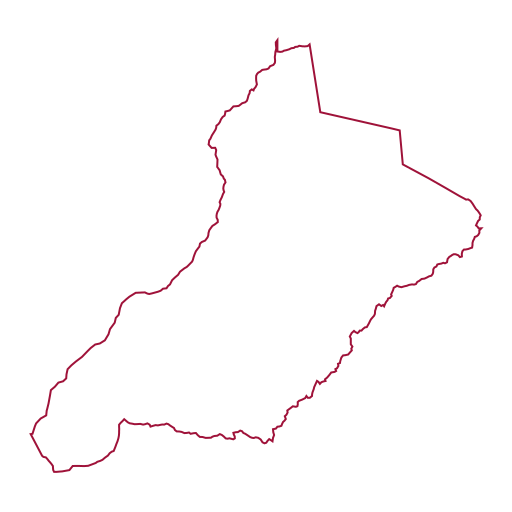 Arame, Maranhão, Brazil
{"feature_id": "56859067B58092431087788", "entity_name": "Arame", "entity_type": "district", "adm_level": 2, "iso_a3": "BRA", "parent_name": "Brazil", "parent_adm1": "Maranhão", "projection": "mercator", "projection_center": [-45.954, -4.991], "detail": "fine", "context": "isolated", "style": "outline", "palette": "rose", "viewbox_px": 512, "rotation_deg": 0, "n_neighbors": 0, "source": "geoboundaries", "source_scale": "gbopen_adm2", "svg_char_len": 5770}
<svg xmlns="http://www.w3.org/2000/svg" viewBox="0 0 512 512"><path d="M42.1,455.8L43.4,456.9L45.9,457.4L47.5,459.2L48.7,460.8L49.9,462.1L51.4,463.9L52.9,466.0L53.0,467.9L53.2,470.0L54.1,471.9L56.3,471.9L59.4,471.6L62.2,471.4L69.4,470.1L72.7,466.0L77.2,465.9L81.3,466.0L84.0,466.1L88.2,465.8L95.7,463.0L97.3,461.8L100.2,460.9L102.5,459.8L104.8,457.8L106.3,456.7L107.9,455.6L109.7,453.2L111.7,451.7L113.7,451.0L115.4,446.8L116.4,444.0L117.5,441.3L118.4,438.3L118.9,435.7L119.1,433.1L119.1,431.3L119.2,429.0L119.1,426.9L119.1,424.7L120.8,422.7L122.5,421.1L124.2,419.2L127.8,422.3L129.7,423.3L132.3,423.7L134.6,424.2L137.2,424.1L140.3,423.9L143.1,424.6L145.1,424.2L147.4,423.4L149.7,424.7L150.5,426.6L153.1,425.8L155.6,425.1L157.9,425.4L160.6,424.8L162.3,424.5L164.2,424.6L166.5,423.6L168.4,424.2L169.9,425.4L172.2,426.9L174.0,428.0L174.9,430.0L176.7,431.4L179.3,431.5L181.6,431.9L184.4,433.1L187.0,432.9L189.0,432.5L190.6,433.8L193.6,433.2L195.9,433.0L197.8,435.2L199.8,436.9L202.6,437.0L205.6,437.9L208.6,437.8L211.0,437.7L212.4,436.7L214.3,436.0L217.3,435.7L219.8,434.1L221.9,435.0L223.9,436.6L225.7,438.4L227.5,438.7L229.5,438.3L231.3,438.8L233.3,439.3L234.8,438.4L234.7,436.3L233.8,434.6L233.4,432.8L235.9,432.2L237.9,432.1L240.2,430.6L242.0,431.2L243.4,433.0L245.1,433.7L246.8,434.8L248.6,436.0L250.2,437.1L252.1,437.8L253.8,438.0L255.7,437.3L258.2,437.8L260.7,439.5L262.5,442.3L264.5,443.3L266.3,442.7L267.5,440.9L269.2,439.1L271.1,440.3L272.5,441.3L273.0,437.9L274.1,435.0L273.3,432.3L273.0,429.2L275.9,428.6L277.4,426.7L279.3,426.5L281.4,425.8L282.1,423.9L283.1,421.9L284.4,420.8L285.8,419.0L284.8,416.2L286.4,414.8L287.6,412.5L287.3,410.5L289.3,409.0L290.8,407.9L292.8,406.3L295.9,406.8L297.4,406.2L297.8,404.3L297.7,402.1L299.1,400.8L302.2,399.6L305.2,398.1L306.4,396.0L307.8,397.8L309.8,397.8L312.0,396.0L312.1,394.2L312.5,392.4L313.7,389.2L314.2,387.1L315.6,384.0L317.0,380.9L318.5,381.9L319.9,383.9L321.4,382.2L323.6,381.4L325.5,381.0L325.0,379.3L327.1,377.6L328.4,376.1L329.5,374.8L331.2,372.5L334.6,371.9L336.1,371.0L335.4,369.1L337.0,368.3L338.4,365.9L338.0,363.8L340.0,363.0L340.2,361.3L340.8,359.3L341.4,357.5L343.1,355.4L345.2,355.2L348.2,354.5L349.9,352.5L351.8,350.4L351.3,348.7L352.4,346.6L350.8,344.3L350.8,341.6L350.8,338.5L349.8,336.5L350.9,334.5L351.6,333.1L354.0,330.9L355.4,332.1L357.5,333.1L358.8,332.0L359.7,330.6L361.5,330.6L362.8,329.1L364.9,327.4L366.8,327.1L367.6,325.7L368.9,323.4L370.1,320.9L370.9,319.4L372.5,317.5L374.1,315.7L374.9,313.9L375.1,310.8L375.8,308.8L376.5,306.1L379.0,304.3L381.3,306.0L383.1,305.0L384.1,306.3L385.3,303.5L386.2,301.8L387.5,300.3L388.1,298.5L389.9,298.0L391.7,295.9L391.1,294.4L392.2,292.1L393.2,289.8L393.7,287.8L395.5,286.8L397.1,285.7L398.6,286.5L401.4,287.2L404.4,286.3L406.8,285.8L409.1,284.9L412.0,284.4L414.0,284.6L415.9,284.1L417.3,281.9L419.2,280.9L421.6,279.0L424.5,278.6L426.9,277.5L429.1,276.3L431.4,275.7L432.8,273.7L433.2,272.0L433.3,269.3L434.4,267.5L436.4,266.5L437.3,264.5L439.0,264.0L441.3,263.6L443.3,262.8L445.0,263.3L447.0,262.3L447.6,259.0L449.3,256.9L450.8,256.0L452.3,254.9L453.8,254.2L455.7,254.3L458.3,255.3L459.9,257.1L461.9,256.5L461.8,253.8L462.4,251.2L464.0,249.5L465.7,249.5L468.2,249.0L470.0,248.3L472.1,247.6L472.5,245.1L472.5,243.0L473.1,240.8L474.2,238.8L474.8,236.9L476.6,236.3L478.2,235.0L479.4,232.8L479.3,230.5L481.3,228.3L478.7,228.4L477.5,226.7L476.0,225.4L476.8,223.6L478.1,220.9L479.7,219.5L479.8,217.2L480.7,215.3L479.7,213.6L478.7,212.1L477.6,210.6L476.0,209.1L474.2,206.3L472.6,203.7L470.6,201.0L468.2,199.4L466.0,199.6L464.5,198.7L459.6,196.1L446.0,188.2L428.5,178.2L402.8,164.4L399.7,130.4L391.8,128.5L320.3,112.2L309.6,44.4L307.7,46.1L304.8,46.4L302.4,46.3L299.2,45.8L297.6,46.7L295.2,46.9L293.9,47.9L291.4,48.2L289.2,49.3L286.3,50.2L283.9,50.7L282.4,51.6L280.3,51.9L277.4,51.5L277.4,40.1L275.8,42.3L275.9,45.0L276.3,48.2L275.9,50.1L275.4,51.9L275.2,54.5L274.8,57.0L275.1,60.8L274.9,62.8L273.4,64.9L270.1,66.2L268.5,68.5L266.5,69.3L264.0,69.6L262.2,69.9L260.1,71.7L258.3,72.6L257.1,73.9L256.2,75.7L256.1,78.1L256.2,80.7L256.9,84.4L255.5,87.2L254.1,88.8L253.5,90.4L251.8,89.4L249.9,90.9L249.6,93.2L248.5,95.3L247.6,98.8L246.9,100.8L245.2,102.3L242.2,103.2L240.2,104.8L238.7,105.9L236.3,106.2L233.4,106.4L229.8,110.4L227.6,111.0L225.4,111.5L225.1,113.7L224.6,115.6L222.7,116.9L221.0,119.3L219.8,122.2L218.4,124.1L216.4,125.7L216.2,127.7L215.6,129.5L214.5,131.3L211.9,135.4L210.4,138.8L209.2,140.3L208.9,142.9L208.6,144.5L211.6,147.9L215.2,147.8L216.2,150.1L215.5,154.7L216.1,156.4L217.5,159.5L217.4,162.2L217.2,166.9L219.6,170.2L220.2,172.4L220.8,174.4L223.0,176.4L223.8,178.6L224.9,179.8L225.5,182.4L224.0,184.7L223.5,186.7L223.3,188.5L223.6,190.3L224.2,191.9L223.0,194.0L221.8,197.3L220.5,199.9L219.6,202.2L220.4,203.9L220.2,205.7L219.3,208.2L218.5,210.1L217.5,211.7L216.8,213.8L216.5,215.8L216.6,217.7L217.7,219.8L217.8,222.1L214.8,224.4L212.4,225.9L210.7,228.2L209.3,230.2L208.5,233.0L208.3,235.3L207.6,237.3L206.2,239.2L205.1,240.6L201.8,242.0L200.0,243.6L199.4,246.6L197.9,248.5L195.9,251.2L195.0,253.3L194.3,255.1L193.5,257.5L192.9,259.8L192.1,261.6L188.1,265.7L186.7,267.0L184.4,268.3L180.0,271.7L178.1,274.8L174.7,277.7L172.1,280.2L170.0,284.4L168.0,286.0L166.5,288.3L163.0,288.7L160.7,290.7L158.1,291.7L151.9,293.4L149.2,294.0L147.4,293.6L144.9,292.4L135.7,292.8L129.4,296.7L126.0,299.5L124.5,300.9L121.9,303.2L120.0,308.1L118.7,314.8L115.8,317.9L115.4,319.7L114.7,322.7L110.0,329.1L108.5,334.3L106.5,337.6L104.9,340.3L99.8,343.5L95.2,344.5L90.7,348.0L87.7,351.0L82.0,356.9L75.9,361.5L71.4,365.3L67.6,369.2L66.5,374.3L66.2,378.4L63.1,381.3L58.4,382.6L54.9,386.7L50.9,390.1L49.9,396.0L48.5,403.6L47.2,408.9L46.7,410.6L46.2,415.4L40.7,418.5L36.1,423.4L34.9,426.3L32.5,433.8L30.7,434.1L42.1,455.8Z" fill="none" stroke="#9f1239" stroke-width="2"/></svg>